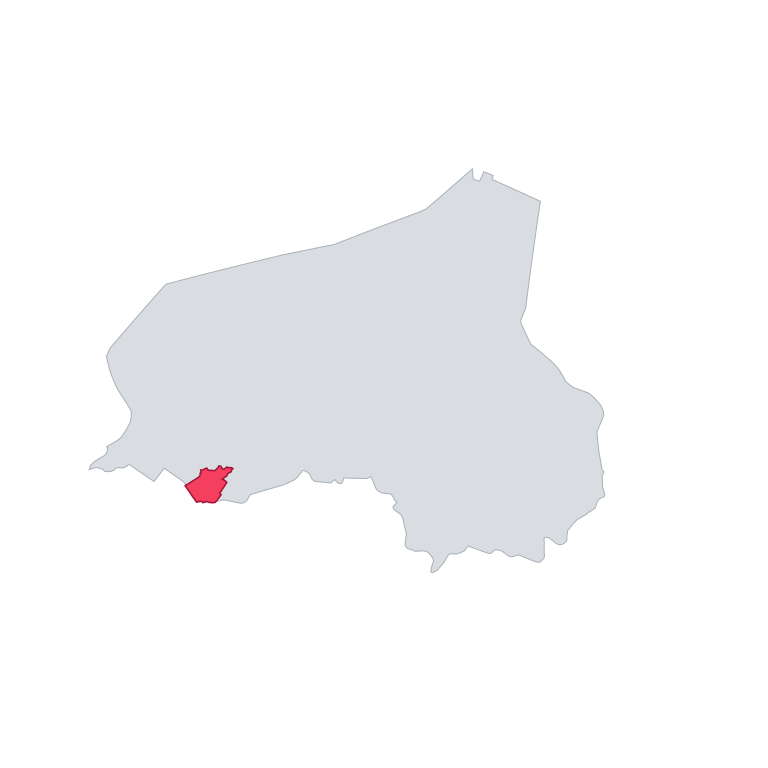 location of Al-Kahla, Maysan, Iraq, rotated 125°
{"feature_id": "34846034B65265349522697", "entity_name": "Al-Kahla", "entity_type": "district", "adm_level": 2, "iso_a3": "IRQ", "parent_name": "Iraq", "parent_adm1": "Maysan", "projection": "orthographic", "projection_center": [47.293, 31.762], "detail": "fine", "context": "in_parent", "style": "filled", "palette": "rose", "viewbox_px": 768, "rotation_deg": 125, "n_neighbors": 0, "source": "geoboundaries", "source_scale": "gbopen_adm2", "svg_char_len": 5513}
<svg xmlns="http://www.w3.org/2000/svg" viewBox="0 0 768 768"><g transform="rotate(125 384 384)"><path d="M329.6,153.5L334.2,152.5L342.9,145.9L348.1,139.5L349.7,139.0L354.0,141.4L357.1,142.1L364.4,139.9L368.7,141.3L372.2,143.1L374.3,143.3L383.8,147.7L386.2,148.3L391.2,149.0L398.7,149.5L403.6,147.0L407.1,144.5L409.5,144.6L411.8,145.3L413.7,146.5L415.3,148.4L415.9,151.2L415.3,160.0L416.0,162.3L417.3,164.0L418.9,164.4L421.0,162.5L424.7,159.9L429.2,156.9L432.5,154.2L434.4,153.2L437.4,153.5L440.2,154.0L441.8,155.4L441.8,155.8L443.2,160.0L446.7,175.5L448.8,177.5L451.3,179.2L453.0,181.5L453.6,183.8L453.3,187.4L453.3,191.6L454.3,194.8L455.7,197.2L457.0,198.5L459.0,198.6L461.4,199.3L463.0,201.7L467.8,219.4L468.3,221.7L470.4,222.5L474.0,222.2L477.7,224.1L481.6,227.0L485.2,232.4L487.7,233.3L495.6,232.6L506.3,233.6L511.3,236.4L510.7,238.1L506.9,240.0L500.0,242.1L497.9,245.9L496.7,250.8L496.9,253.6L498.5,256.6L503.3,262.7L503.5,264.9L504.4,267.9L505.3,270.0L504.2,274.1L499.8,276.8L493.9,279.7L482.1,293.0L481.2,295.9L481.1,303.9L479.9,306.1L476.2,306.0L473.3,305.6L473.1,308.4L471.2,312.0L470.1,315.2L474.3,322.9L475.0,327.0L474.2,330.7L470.1,337.0L467.7,341.2L468.2,342.2L471.3,343.9L480.8,358.0L483.9,363.0L488.0,361.8L489.6,361.9L490.8,362.7L491.5,364.3L491.5,366.4L490.4,369.6L495.6,370.9L497.5,374.1L503.5,385.1L503.3,388.3L500.3,393.4L500.2,396.8L500.8,399.9L501.7,401.0L510.8,401.5L514.7,402.8L524.1,408.4L534.9,417.0L543.7,424.0L551.2,430.0L559.3,429.6L561.5,430.7L563.6,432.5L565.9,437.4L570.6,448.5L574.5,452.2L580.7,461.0L586.4,469.3L582.7,480.6L579.0,492.4L579.1,507.6L579.1,515.7L587.0,516.0L595.7,516.4L595.9,526.1L596.0,535.9L596.1,547.0L598.7,547.5L602.8,549.8L604.6,553.5L606.9,555.4L609.5,555.7L612.2,557.5L614.8,560.7L615.8,563.1L615.1,564.8L615.7,567.7L617.6,571.9L619.8,573.9L623.3,576.3L618.6,577.7L613.5,576.7L602.7,571.9L599.2,571.7L594.7,573.6L594.5,575.3L583.1,569.9L578.9,568.8L577.5,568.7L570.9,568.8L561.6,569.7L556.2,572.0L552.4,574.4L550.6,576.7L550.0,577.9L547.0,584.8L543.6,593.5L540.0,601.4L533.0,612.5L529.1,617.6L520.8,627.1L511.8,629.0L491.0,626.9L468.0,624.5L445.1,622.0L428.1,620.0L426.8,619.5L410.3,605.4L397.3,594.3L381.1,580.3L364.7,566.0L348.2,551.5L336.2,540.9L321.8,527.2L308.7,514.8L298.4,504.9L285.1,496.0L274.7,489.1L259.7,479.0L247.7,470.8L237.5,463.8L221.8,453.0L216.6,450.0L200.0,445.6L184.2,441.7L167.9,437.7L157.1,435.0L164.9,428.5L163.1,422.1L157.8,422.9L152.8,424.0L150.6,414.0L154.5,413.1L152.0,400.2L149.5,386.8L147.1,373.9L144.7,360.7L159.1,353.5L169.8,348.1L184.7,340.5L199.1,333.1L212.8,326.1L227.8,318.2L241.2,311.2L253.2,308.7L255.8,306.4L261.9,296.0L267.0,287.1L267.3,285.0L268.1,272.0L269.9,256.9L271.9,248.8L274.9,241.8L277.7,236.7L278.2,231.8L278.2,226.8L276.2,219.1L274.1,211.2L274.8,203.6L275.6,199.6L277.6,193.2L280.6,188.7L283.7,185.9L294.8,183.5L301.4,182.0L310.5,174.1L315.9,169.4L323.5,161.8L329.1,156.3L329.6,154.3L329.6,153.5Z" fill="#d9dde1" stroke="#a8b0b8" stroke-width="1"/><path d="M544.9,470.6L545.1,470.9L545.4,471.4L545.7,471.9L545.8,472.3L546.2,472.3L546.6,472.2L547.1,472.0L547.5,472.1L548.5,472.2L549.3,472.4L550.2,472.5L551.2,472.7L552.1,472.9L552.3,473.3L552.7,474.0L552.8,474.3L553.2,474.8L553.4,475.2L553.9,476.2L554.5,476.7L554.8,477.0L554.9,477.4L555.1,478.1L555.2,479.3L555.0,479.9L554.7,480.4L554.5,480.9L554.7,481.2L555.3,481.5L555.9,481.9L556.5,482.2L557.4,482.7L558.2,482.8L558.3,483.1L558.9,484.0L559.6,484.9L560.2,484.2L560.8,483.6L561.4,482.8L562.4,483.5L563.1,483.1L563.5,482.7L564.2,482.4L564.9,482.3L565.6,482.3L566.0,482.3L566.8,482.4L567.4,482.7L568.6,483.2L569.9,483.7L573.4,485.2L578.2,487.2L581.4,488.6L582.0,486.8L582.9,484.6L583.6,482.5L584.3,480.6L584.9,479.1L585.9,476.6L586.8,473.9L587.8,471.3L588.1,470.3L588.2,470.1L588.2,469.9L588.1,469.5L587.6,469.0L586.7,468.3L586.1,467.7L585.7,467.3L585.4,466.9L585.1,466.5L584.9,466.0L584.9,465.6L584.8,465.2L585.0,464.7L585.1,464.3L584.8,464.0L584.3,463.6L583.8,463.1L583.5,462.9L583.2,462.7L582.6,462.4L582.3,462.1L582.0,461.8L581.8,461.4L581.7,461.0L581.7,460.6L581.7,460.3L581.6,459.9L581.4,459.4L580.7,458.4L580.5,458.0L580.4,457.7L580.3,457.4L580.1,457.0L579.5,456.3L579.1,455.6L578.7,455.2L578.2,454.9L577.8,454.6L577.7,454.5L577.6,454.2L576.7,454.2L576.0,454.1L574.6,454.0L571.8,454.0L569.2,453.9L568.2,453.9L567.8,455.3L567.5,456.1L566.4,456.0L565.3,455.9L564.6,456.0L563.1,456.0L561.3,456.1L558.9,456.1L557.2,456.2L556.5,456.3L555.8,456.4L555.4,456.3L554.9,456.2L554.7,456.6L554.5,456.9L554.5,457.3L554.5,457.9L554.4,458.7L554.4,459.1L554.3,459.6L554.3,459.9L554.4,460.3L554.6,460.6L554.6,460.9L554.6,461.2L554.7,461.7L554.8,461.9L554.8,462.1L554.7,462.1L554.5,461.9L554.3,461.7L554.2,461.6L553.7,461.5L553.1,461.3L552.7,461.2L552.3,461.1L551.8,460.9L551.4,460.8L551.1,460.7L550.8,460.5L550.3,460.2L550.0,460.1L549.7,460.2L549.3,460.2L549.0,460.2L548.7,460.2L548.2,460.3L547.6,460.5L547.1,460.4L546.7,460.4L546.2,460.2L545.6,460.0L544.9,459.7L544.5,459.2L544.1,459.0L543.9,458.9L543.5,458.9L543.2,459.0L542.8,459.1L542.4,459.2L542.2,459.4L542.0,459.5L541.8,459.4L541.5,459.4L541.0,459.5L540.6,459.4L540.3,459.3L539.9,459.2L539.9,459.5L540.0,460.0L540.0,460.4L540.1,460.9L540.2,461.4L540.6,461.9L541.1,462.6L541.4,463.0L541.7,463.3L542.0,463.5L542.0,464.0L542.0,464.5L542.0,465.0L542.3,465.2L542.8,465.4L543.3,465.6L543.9,465.6L544.3,465.7L544.9,465.9L545.0,465.9L545.2,466.2L545.8,466.9L546.3,467.5L546.3,467.8L546.0,468.3L545.8,468.6L545.6,468.9L545.4,469.3L545.3,469.6L544.9,470.6Z" fill="#f43f5e" stroke="#9f1239" stroke-width="1.5"/></g></svg>